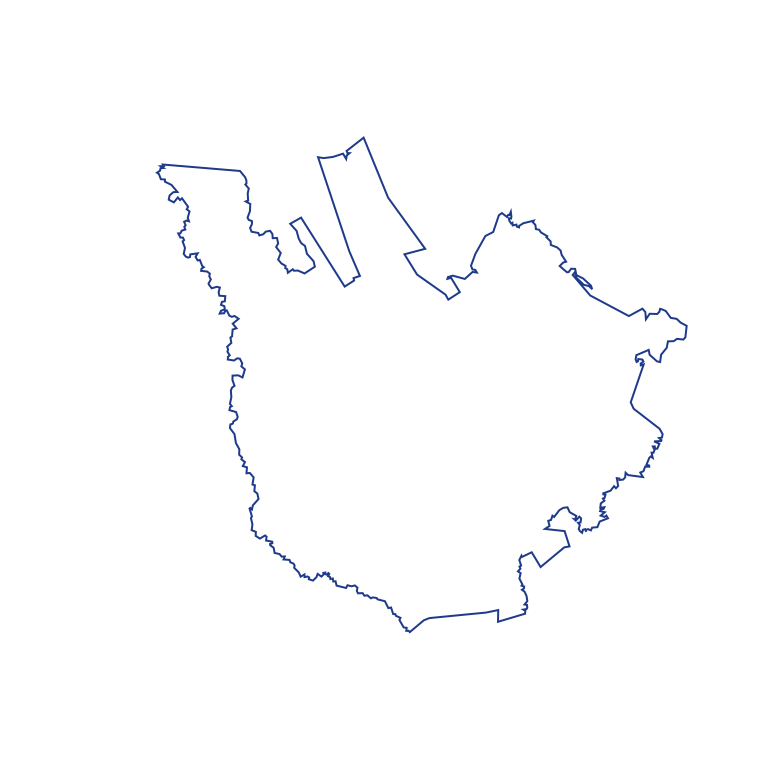 Acatlán de Pérez Figueroa, Oaxaca, Mexico, rotated 198°
{"feature_id": "50627088B62934424626213", "entity_name": "Acatlán de Pérez Figueroa", "entity_type": "district", "adm_level": 2, "iso_a3": "MEX", "parent_name": "Mexico", "parent_adm1": "Oaxaca", "projection": "albers", "projection_center": [-96.481, 18.451], "detail": "fine", "context": "isolated", "style": "outline", "palette": "blue", "viewbox_px": 768, "rotation_deg": 198, "n_neighbors": 0, "source": "geoboundaries", "source_scale": "gbopen_adm2", "svg_char_len": 6154}
<svg xmlns="http://www.w3.org/2000/svg" viewBox="0 0 768 768"><g transform="rotate(198 384 384)"><path d="M662.1,524.4L660.8,523.3L663.7,522.1L660.5,521.3L663.2,520.1L662.9,517.7L665.2,514.8L662.9,514.1L659.5,509.8L655.6,510.8L654.8,508.7L647.7,507.7L639.8,502.8L643.7,501.3L646.2,497.0L645.7,492.8L640.0,491.8L637.7,497.7L634.8,495.9L633.5,498.2L625.1,492.0L625.6,489.2L622.3,488.1L622.0,481.4L619.8,478.5L622.3,478.4L624.2,476.5L621.7,473.6L622.5,471.7L620.7,469.5L623.8,467.3L624.2,464.4L626.2,463.6L622.9,460.4L620.5,461.1L618.6,459.1L619.6,457.4L615.3,451.9L614.7,445.9L611.9,443.9L609.3,443.7L607.8,444.8L608.3,447.4L601.6,450.7L602.5,446.7L599.4,443.9L597.5,445.1L593.4,440.1L591.5,439.4L593.2,437.3L592.9,435.1L586.9,436.3L583.7,435.1L583.5,432.5L581.0,429.9L581.9,425.2L580.8,424.1L577.4,421.8L573.0,424.8L569.9,425.0L569.6,420.0L567.9,417.1L562.1,418.5L560.9,413.5L563.5,412.0L563.5,408.9L559.9,408.7L558.5,405.9L561.7,403.2L562.0,400.2L557.9,401.9L557.7,404.4L556.3,405.4L552.2,401.2L549.4,400.9L547.2,402.5L542.4,401.1L546.5,394.6L541.5,391.4L544.8,389.0L543.2,382.3L544.4,380.7L541.9,375.9L544.7,371.0L542.9,368.6L542.9,366.4L539.6,363.6L540.8,361.6L540.1,359.0L533.9,360.0L531.5,363.1L528.9,363.5L525.2,359.8L525.1,356.7L520.8,354.9L520.6,346.5L525.3,347.2L530.6,345.2L529.4,341.0L525.6,336.1L527.4,333.6L527.6,330.4L525.1,324.3L524.4,317.5L521.9,315.9L523.3,314.4L522.9,311.4L516.0,311.6L513.0,307.6L513.0,305.0L515.7,301.7L515.5,299.6L517.6,298.1L516.9,294.5L510.7,290.1L506.6,282.1L501.4,277.2L499.9,272.0L496.3,270.3L496.4,268.3L492.1,266.8L492.9,262.3L488.6,262.4L487.2,256.6L484.1,257.9L479.1,254.9L478.0,247.7L475.5,247.8L474.2,242.0L470.6,240.7L467.8,235.8L471.2,228.1L470.8,223.9L472.9,224.8L473.4,224.0L468.7,217.3L469.1,215.4L465.7,209.7L464.7,204.1L460.2,203.8L459.1,199.9L454.3,198.6L450.3,203.2L448.5,202.5L447.8,198.7L441.6,199.5L441.0,198.1L442.9,196.6L442.4,195.5L438.4,194.2L435.8,189.5L430.8,190.0L428.0,188.2L425.1,189.3L425.3,186.1L419.5,187.5L418.0,185.5L414.5,185.2L412.9,183.7L412.7,181.5L406.9,178.5L403.7,175.0L400.8,178.3L399.9,175.8L397.2,177.3L395.4,176.9L395.2,175.1L390.8,175.1L388.6,179.3L388.4,182.9L384.0,181.5L382.5,184.4L383.3,185.6L381.6,186.5L381.3,185.1L379.5,185.0L378.5,187.0L377.4,186.5L377.7,183.9L375.7,183.7L374.7,181.9L372.6,183.2L371.2,180.5L369.1,181.4L366.8,177.6L357.0,178.3L356.5,181.3L352.3,181.6L349.5,183.4L346.3,182.1L345.9,178.8L344.1,176.9L339.7,178.5L337.3,176.6L334.4,177.9L330.2,176.1L328.7,177.6L324.9,178.2L323.6,177.2L316.0,177.7L310.6,172.2L308.2,173.6L304.2,168.1L302.0,168.6L301.1,167.2L296.1,166.7L296.4,164.3L290.1,158.6L287.1,159.1L286.5,156.1L284.2,156.9L282.8,156.0L273.1,171.6L268.5,175.4L216.2,198.2L205.5,204.3L202.1,193.1L178.9,209.1L179.5,212.0L181.8,212.5L178.9,214.0L178.6,215.5L179.8,218.1L182.2,217.7L180.6,221.8L182.9,226.4L186.1,229.9L189.2,230.9L187.7,232.9L188.1,234.7L190.8,234.7L190.4,236.1L195.1,240.8L195.6,246.3L198.7,247.2L197.2,250.5L198.7,252.2L197.5,253.7L200.9,258.4L200.2,263.2L199.3,262.2L191.5,269.6L178.5,258.3L162.1,284.3L157.4,286.9L166.8,299.9L186.1,295.9L182.7,300.2L185.5,304.6L183.1,306.4L183.1,310.8L181.1,310.1L178.3,318.1L175.3,321.6L171.4,323.4L167.8,319.5L160.3,317.9L160.3,314.3L161.2,314.2L159.4,313.3L157.2,318.2L155.0,317.1L154.3,313.1L156.5,312.0L154.2,310.4L154.0,306.2L151.9,304.5L149.6,303.7L149.8,306.9L147.8,308.1L146.0,305.9L147.0,307.5L145.2,309.0L142.0,308.7L141.7,311.7L136.8,313.8L136.4,319.8L129.5,325.5L131.9,327.6L133.2,325.7L137.2,325.8L134.4,330.3L139.2,329.9L139.1,331.8L136.6,333.0L136.3,334.9L140.1,333.2L140.9,337.5L138.3,341.1L140.4,342.7L139.0,344.0L139.2,347.2L141.3,346.8L141.7,347.8L135.6,352.5L133.6,357.9L131.2,356.5L129.8,359.4L133.5,366.4L130.9,366.8L130.4,365.5L127.0,367.0L125.8,369.7L126.8,374.3L123.7,372.8L109.0,375.5L112.9,379.0L110.3,381.2L110.1,386.1L106.2,387.3L106.6,388.4L109.4,388.3L108.9,395.6L107.9,397.5L105.6,396.8L108.3,401.4L106.5,401.9L106.3,404.8L109.0,407.7L107.2,408.3L106.2,406.1L104.1,407.0L103.6,412.2L109.4,412.9L102.8,415.4L102.8,416.4L105.7,417.6L103.1,419.0L103.5,422.4L108.1,426.6L138.9,437.6L143.7,442.8L143.1,482.9L145.5,481.1L146.2,482.8L144.2,485.5L145.8,487.1L149.9,486.3L149.5,484.0L150.5,483.0L152.3,485.1L152.9,489.4L142.8,498.2L140.4,493.9L131.4,489.9L128.2,490.2L129.5,497.5L126.3,505.8L127.1,512.3L121.7,514.3L119.3,517.5L113.0,518.8L111.8,521.5L114.1,532.8L121.0,534.1L125.8,536.4L131.7,535.5L138.6,540.5L142.7,540.9L144.6,540.8L144.4,537.8L145.8,535.0L153.0,532.9L154.9,526.5L157.7,533.2L161.5,535.5L172.1,524.3L215.2,531.9L238.2,546.0L236.9,549.6L234.1,544.6L224.7,540.1L219.1,540.4L215.3,538.5L217.6,541.5L227.3,545.9L234.7,547.0L237.8,552.5L241.6,551.5L243.0,547.5L244.5,546.8L253.4,550.5L251.0,555.0L248.6,556.6L255.0,561.8L257.3,565.5L261.5,567.4L268.3,567.8L269.6,571.1L274.9,573.8L274.4,575.0L281.6,576.7L284.0,578.6L287.4,578.3L289.2,582.1L292.5,583.9L292.1,585.6L301.1,580.0L304.4,576.1L304.0,574.7L306.3,574.7L307.3,576.5L310.6,574.6L311.7,577.0L312.6,575.9L315.2,577.9L316.5,580.2L314.3,580.6L314.5,582.4L316.6,587.0L316.9,583.4L318.2,583.2L318.7,580.9L324.7,583.0L326.9,579.9L327.1,562.3L333.3,556.1L337.3,536.0L337.8,523.3L335.3,520.3L332.4,520.7L330.1,518.7L334.4,517.9L339.6,508.9L352.0,508.3L356.2,505.5L356.2,503.6L353.0,505.7L340.3,494.8L348.9,484.1L353.1,488.0L386.4,498.3L404.6,513.7L386.6,525.3L437.7,562.5L479.5,612.0L491.6,594.1L490.2,592.6L490.9,592.2L488.1,592.9L490.0,589.9L489.5,586.3L494.1,590.4L502.7,584.2L511.2,580.2L516.8,579.3L458.1,499.6L440.3,479.3L445.7,475.3L444.4,473.2L451.5,464.5L514.3,516.6L522.7,507.4L514.4,502.6L510.1,496.0L506.3,492.4L501.8,490.9L497.5,484.0L489.0,479.1L486.0,474.2L493.7,464.6L500.9,465.3L504.7,463.9L506.2,464.9L509.8,460.1L511.5,463.3L513.7,463.7L514.1,465.9L518.8,466.9L523.1,469.6L522.7,476.7L528.9,480.9L528.1,485.0L530.9,489.8L534.9,488.3L536.5,492.2L539.7,494.5L543.6,492.3L545.1,489.1L548.5,486.8L550.2,488.8L557.0,487.9L559.6,491.1L559.0,495.1L559.9,498.1L563.4,498.3L565.2,500.0L564.9,506.9L566.8,513.9L571.9,514.9L569.9,516.5L572.5,523.1L573.0,528.1L577.5,530.9L576.8,532.2L577.8,535.1L579.9,537.7L586.8,542.1L662.1,524.4Z" fill="none" stroke="#1e3a8a" stroke-width="2"/></g></svg>